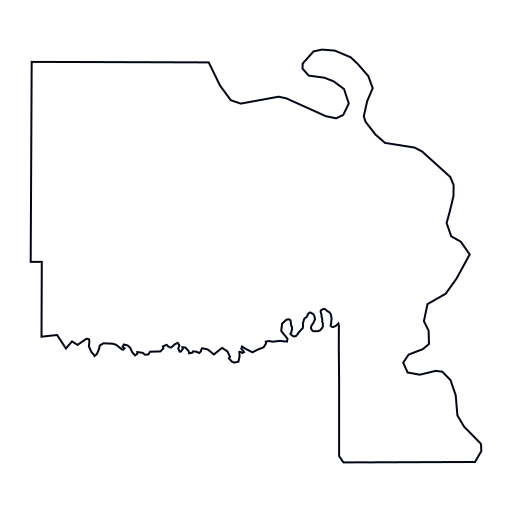 the district of Lyman, South Dakota, United States of America
{"feature_id": "52423323B78517119987151", "entity_name": "Lyman", "entity_type": "district", "adm_level": 2, "iso_a3": "USA", "parent_name": "United States of America", "parent_adm1": "South Dakota", "projection": "orthographic", "projection_center": [-99.765, 43.859], "detail": "fine", "context": "isolated", "style": "outline", "palette": "ink", "viewbox_px": 512, "rotation_deg": 0, "n_neighbors": 0, "source": "geoboundaries", "source_scale": "gbopen_adm2", "svg_char_len": 3662}
<svg xmlns="http://www.w3.org/2000/svg" viewBox="0 0 512 512"><path d="M322.0,49.6L313.5,51.4L302.7,63.6L302.5,68.6L308.7,75.6L324.3,77.7L333.7,81.4L344.0,89.0L348.8,103.5L343.2,115.0L336.1,118.3L325.8,116.2L286.2,98.3L278.6,96.7L240.8,103.6L230.8,100.2L220.1,85.7L208.7,62.4L31.7,61.9L31.6,76.8L30.7,261.9L41.8,261.9L41.5,336.7L57.1,335.0L65.9,348.5L72.0,341.4L77.5,344.9L86.4,338.8L86.9,338.7L89.0,339.3L89.4,341.4L88.9,346.3L91.3,351.9L93.8,354.7L94.5,356.0L96.6,354.3L97.9,351.8L99.3,348.0L99.7,345.6L103.4,343.3L108.1,343.5L112.5,343.7L116.0,344.7L121.7,349.2L123.0,349.8L124.5,348.2L123.3,347.3L122.6,346.7L123.9,344.5L127.5,345.4L130.2,347.8L132.2,352.2L135.0,355.4L137.2,353.9L137.3,352.0L142.9,352.9L144.8,354.7L148.3,354.5L150.1,351.7L157.5,351.5L160.5,351.4L163.4,348.3L162.9,346.4L166.6,344.8L168.7,346.8L170.9,347.6L172.8,346.1L174.8,344.3L177.7,342.8L179.4,345.3L178.3,348.5L179.6,351.6L180.9,351.6L182.8,348.9L182.4,347.2L185.5,347.6L188.6,351.1L189.2,353.3L192.3,352.7L193.0,351.4L196.0,351.6L199.2,353.0L200.9,351.4L201.2,350.0L202.0,348.3L203.0,348.4L207.6,349.4L210.7,351.8L213.9,354.5L217.3,351.7L218.9,350.4L222.1,347.9L227.4,351.4L230.0,356.8L228.9,358.3L231.7,361.5L234.2,362.6L238.4,361.7L239.5,356.7L239.4,351.9L240.9,352.1L242.4,353.0L244.0,352.1L243.3,351.0L241.3,348.8L242.0,346.5L244.9,348.4L252.4,352.3L257.8,349.6L263.6,347.3L266.0,343.5L265.8,341.6L269.2,341.0L272.4,341.7L280.0,340.9L285.5,341.5L286.4,341.3L287.0,341.5L287.5,338.7L283.4,333.7L281.2,330.8L282.1,323.7L285.8,320.2L287.2,319.5L288.8,319.3L289.8,319.7L290.5,320.5L290.7,321.4L290.9,323.9L291.0,324.5L291.2,325.4L291.5,326.4L292.0,327.0L292.0,327.8L292.1,329.2L291.7,330.4L291.5,331.5L291.1,332.8L290.4,333.7L291.0,334.5L291.6,335.1L292.3,335.6L293.0,336.1L293.9,336.4L295.2,336.3L296.1,335.9L296.6,335.2L297.5,334.4L298.1,333.1L299.9,331.2L301.6,329.2L302.6,328.4L302.8,327.8L303.0,326.5L303.0,325.4L302.9,323.9L302.9,322.9L303.3,322.2L303.5,321.3L303.7,320.4L304.2,319.1L304.7,318.3L305.4,317.7L306.2,317.4L306.7,316.8L307.4,315.7L307.8,314.6L308.4,313.6L309.6,312.6L310.5,312.5L311.5,313.2L312.7,313.7L313.5,314.5L314.0,315.4L314.5,316.3L314.6,317.4L314.9,318.3L315.0,319.3L314.7,320.0L314.3,320.8L313.9,321.8L313.5,322.6L313.3,323.1L312.8,323.8L312.3,324.5L311.6,325.5L311.2,326.5L311.0,328.0L311.5,329.6L312.2,330.2L312.7,330.9L313.3,331.2L314.8,331.2L317.8,331.2L319.2,330.7L320.0,330.3L320.7,329.8L321.2,329.0L321.9,328.3L322.5,327.3L322.9,326.3L322.8,324.9L322.8,323.0L322.3,322.0L322.2,319.5L322.1,318.4L321.9,317.6L321.5,316.4L321.6,315.2L321.3,314.1L321.0,313.3L320.7,312.0L320.7,310.9L321.2,310.1L322.0,309.7L323.0,309.1L324.2,309.0L325.2,309.3L327.1,310.9L328.5,311.8L329.8,312.6L330.8,314.5L331.3,316.5L331.4,317.5L331.6,318.7L331.4,320.3L331.2,321.2L331.3,322.8L331.1,323.3L330.8,324.5L330.6,325.6L331.2,326.4L331.7,326.8L333.0,327.0L334.0,326.7L335.2,326.2L336.0,325.7L336.9,324.9L337.7,324.0L338.1,323.8L338.4,323.5L338.9,325.7L338.8,348.0L339.0,367.4L339.1,384.0L339.1,401.2L339.1,416.5L339.1,421.7L339.1,437.2L339.1,446.5L339.1,456.1L343.4,462.4L350.5,462.4L361.3,462.3L372.3,462.4L376.3,462.3L475.0,462.0L475.0,461.9L481.3,451.2L481.0,443.9L464.1,426.7L457.4,415.4L455.7,395.2L450.5,380.1L442.3,371.7L435.6,370.9L419.8,374.7L407.6,372.5L403.2,362.7L408.6,354.6L422.9,349.1L429.0,344.0L428.6,330.6L423.9,321.2L427.5,304.1L445.7,293.7L456.5,278.6L469.7,254.5L460.8,241.7L451.2,236.3L446.6,223.0L449.6,212.1L453.5,196.0L453.6,185.0L450.3,177.0L422.2,151.6L414.7,147.6L385.0,142.9L375.4,134.5L365.5,121.7L363.8,116.2L367.2,101.1L372.7,88.2L368.3,76.1L357.8,64.0L350.7,57.3L334.8,50.6L322.0,49.6Z" fill="none" stroke="#020617" stroke-width="2"/></svg>